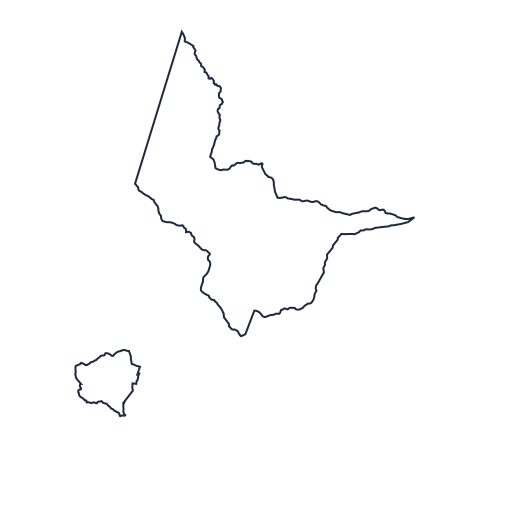 Heredia, Heredia, Costa Rica, rotated 17°
{"feature_id": "36466004B27145305633617", "entity_name": "Heredia", "entity_type": "district", "adm_level": 2, "iso_a3": "CRI", "parent_name": "Costa Rica", "parent_adm1": "Heredia", "projection": "orthographic", "projection_center": [-84.079, 10.129], "detail": "fine", "context": "isolated", "style": "outline", "palette": "slate", "viewbox_px": 512, "rotation_deg": 17, "n_neighbors": 0, "source": "geoboundaries", "source_scale": "gbopen_adm2", "svg_char_len": 6128}
<svg xmlns="http://www.w3.org/2000/svg" viewBox="0 0 512 512"><g transform="rotate(17 256 256)"><path d="M378.8,186.3L386.1,182.5L391.5,179.1L396.2,172.7L391.0,176.0L388.3,176.9L387.0,176.9L386.1,177.3L384.5,177.4L381.7,177.3L380.4,177.5L379.5,177.3L378.0,176.5L376.1,176.2L371.7,176.2L369.9,176.7L367.4,177.0L366.2,175.5L364.5,174.4L363.7,174.8L362.7,174.9L361.9,175.7L360.8,175.9L359.5,175.9L357.9,175.0L355.9,174.9L352.7,177.2L350.4,180.2L348.6,180.9L344.6,182.1L342.8,183.3L342.1,184.0L335.0,187.9L334.4,188.9L333.6,189.3L326.4,189.7L322.7,189.6L320.8,190.4L319.0,190.7L314.0,190.6L310.8,189.4L309.2,188.5L308.5,187.8L305.3,187.9L303.3,187.7L300.1,186.0L298.1,185.8L296.7,186.3L294.8,187.7L293.3,188.1L288.6,188.0L284.5,190.1L283.4,190.2L281.6,189.4L281.1,189.4L275.9,191.0L273.1,191.1L269.5,191.7L267.9,191.2L266.1,191.1L264.8,192.2L263.7,192.5L263.0,193.1L261.6,193.6L260.0,193.8L259.6,194.0L255.4,189.0L252.1,182.4L251.4,180.1L250.6,179.0L250.2,177.9L248.0,176.7L244.3,176.7L243.6,175.9L241.1,175.0L236.2,169.9L235.3,168.6L235.0,167.0L235.4,166.7L235.2,165.9L234.8,165.6L233.0,166.5L231.8,167.9L229.2,167.8L227.5,168.4L226.1,168.5L224.8,167.9L224.2,167.2L222.7,167.1L221.6,167.4L220.6,167.3L219.5,168.0L218.2,168.0L216.8,170.2L213.7,171.7L210.8,172.4L208.1,176.2L206.9,176.2L206.5,176.6L205.9,177.6L205.2,180.1L203.7,181.7L202.0,182.3L199.8,182.7L197.2,184.3L193.7,184.3L191.8,183.9L191.3,183.3L189.0,178.6L187.1,176.1L183.1,174.6L183.2,168.9L182.7,166.8L183.1,165.6L183.2,163.3L183.4,162.5L183.1,158.5L183.1,156.3L183.5,155.3L183.3,153.0L184.0,152.5L184.9,151.2L185.2,150.0L184.6,148.2L184.5,146.7L183.4,146.1L182.6,144.8L182.6,141.7L182.1,139.3L182.2,136.3L180.9,135.1L180.4,133.6L180.1,131.6L179.5,131.3L177.5,129.5L177.0,128.8L176.7,127.6L176.7,126.4L177.9,125.2L177.5,123.4L177.5,122.0L177.8,121.6L178.9,120.7L179.3,118.3L178.0,117.2L177.5,116.1L176.8,115.8L175.0,115.6L174.1,114.6L173.1,111.7L173.1,111.1L173.9,109.5L174.0,108.7L173.6,107.5L173.5,106.0L173.3,105.6L171.5,104.2L170.7,104.5L169.1,104.5L168.2,103.5L167.7,103.5L166.8,104.2L165.9,103.2L164.9,103.0L164.8,101.6L164.6,101.1L163.5,100.0L162.0,98.9L161.0,98.8L160.3,100.0L158.7,100.0L158.1,97.8L157.4,97.6L154.7,95.0L153.7,95.2L152.9,95.0L152.6,92.8L150.0,90.8L148.1,90.5L147.8,89.5L147.0,88.0L145.2,87.3L143.9,85.8L142.4,85.3L140.0,82.0L138.4,81.0L138.0,79.7L138.1,77.2L134.9,74.5L134.9,73.6L129.3,72.0L125.1,71.6L124.3,68.4L121.6,65.1L119.5,63.3L119.2,222.3L120.5,223.0L121.4,223.8L123.3,224.8L124.2,227.0L125.0,227.6L128.4,228.4L129.4,229.0L133.2,230.1L134.4,230.1L135.8,230.4L139.9,232.1L141.8,232.3L142.3,233.2L143.2,234.2L144.6,235.2L145.5,236.1L147.3,237.0L148.8,239.3L149.5,241.5L151.4,244.0L153.2,245.2L154.4,247.8L155.4,249.0L156.7,249.9L160.5,249.8L164.6,248.7L167.9,248.8L169.7,249.1L170.4,249.6L172.5,249.6L175.3,249.0L176.6,248.1L177.7,248.7L179.1,250.1L180.7,250.4L181.1,250.9L181.7,252.3L182.1,253.7L184.4,252.5L187.0,252.9L187.9,254.3L188.8,255.3L190.4,255.7L191.7,256.6L192.3,257.9L192.4,259.8L193.1,260.9L194.4,261.7L198.0,263.0L202.2,265.6L205.0,265.6L206.1,265.2L206.7,265.2L207.7,265.5L209.3,266.4L210.8,267.0L211.2,267.3L211.2,268.6L210.3,270.3L210.5,272.1L211.5,273.9L212.4,274.2L213.7,275.2L214.5,276.7L214.9,278.3L214.9,284.6L214.1,287.5L212.1,291.4L212.0,292.4L212.3,294.7L212.9,296.2L212.6,297.5L212.6,300.9L212.7,302.8L213.2,304.5L214.2,305.6L216.4,306.6L220.1,307.5L222.3,307.7L223.2,309.0L225.9,310.7L229.1,310.4L229.4,311.0L229.9,311.4L232.2,312.2L233.7,313.7L236.8,315.5L239.9,318.2L240.7,319.4L241.8,320.3L243.3,324.0L250.0,328.9L250.7,331.2L252.1,331.7L253.5,332.8L255.0,333.1L255.6,333.1L256.7,332.6L258.1,332.6L258.8,332.9L259.8,332.9L261.4,334.0L262.4,335.4L263.2,335.6L263.8,336.4L264.9,337.0L265.4,336.9L268.7,333.9L270.4,308.7L272.5,308.3L275.2,308.7L277.6,309.9L279.7,311.6L280.5,311.8L282.2,311.8L283.1,311.5L283.6,310.9L286.9,308.4L289.6,307.3L292.4,305.1L294.8,304.6L295.4,304.0L295.6,303.2L295.8,300.2L297.4,299.3L298.4,297.9L299.1,297.7L301.6,297.9L302.2,297.4L303.0,296.1L304.0,295.4L307.3,294.6L307.8,294.3L308.3,294.4L308.8,294.9L309.7,295.3L311.6,295.1L313.0,294.6L314.7,293.2L316.1,291.6L317.0,289.4L318.1,288.3L318.6,287.4L319.8,286.3L321.4,285.7L322.2,285.0L323.0,283.6L323.7,280.9L323.7,277.4L323.3,276.4L323.3,274.5L323.9,271.4L322.9,270.2L322.4,269.1L322.2,266.1L322.9,264.7L325.7,251.8L323.9,247.7L324.6,244.3L323.9,242.5L323.8,241.3L324.5,238.9L324.7,237.3L323.5,233.9L326.9,225.7L326.5,223.4L329.4,216.4L328.9,214.7L331.3,209.9L334.0,209.3L341.1,206.9L344.0,206.3L347.6,203.0L348.5,201.1L351.7,199.9L353.0,198.4L356.0,197.7L359.3,196.4L361.5,194.4L369.7,190.7L372.1,189.8L374.6,188.6L376.2,187.2L378.8,186.3ZM172.8,435.3L172.6,435.4L172.1,435.3L177.6,420.8L176.2,418.1L175.2,413.9L178.9,413.3L178.4,410.5L179.0,408.9L178.4,404.4L178.7,402.7L178.3,402.8L177.2,403.7L177.4,395.8L174.0,396.0L170.5,395.5L168.8,395.6L166.5,391.1L165.8,388.8L162.3,384.0L160.0,384.4L157.3,384.3L156.5,384.7L155.7,385.5L154.9,385.8L153.9,386.8L152.4,387.5L151.1,388.8L149.2,391.4L148.6,393.3L147.3,393.6L145.5,392.9L143.8,392.5L141.9,392.5L140.7,392.9L140.3,393.3L140.2,394.6L139.8,395.5L137.8,396.2L136.7,397.0L135.9,398.6L134.5,400.4L133.5,402.3L132.8,402.7L131.3,404.5L129.1,405.9L128.3,407.5L127.2,408.4L126.3,409.6L124.7,410.2L123.3,409.5L121.5,409.5L120.8,409.2L120.1,409.2L119.8,409.6L119.2,411.2L118.0,411.8L116.6,413.3L115.8,413.7L115.9,415.5L117.6,419.9L117.7,421.9L118.8,423.6L119.1,424.5L120.4,425.9L126.0,429.5L125.6,429.6L125.4,430.0L125.4,431.4L126.4,432.9L127.3,433.5L127.5,434.7L126.4,435.3L125.6,436.1L125.5,437.4L125.7,438.0L126.3,438.4L127.0,439.9L128.2,441.4L129.6,442.1L132.4,442.8L134.5,444.1L135.1,443.8L136.0,443.9L136.3,444.2L136.7,445.4L137.5,445.4L138.2,444.9L141.7,444.7L143.7,443.3L145.5,443.5L146.9,443.3L147.1,442.1L147.6,441.5L149.4,440.8L150.3,440.1L151.0,440.0L152.8,441.2L156.7,441.0L158.5,442.4L159.9,442.8L162.2,444.2L164.1,444.4L165.6,445.3L167.8,445.6L168.3,446.0L169.1,445.8L171.1,446.4L172.5,448.7L173.4,448.7L173.5,448.3L174.1,447.8L177.1,447.1L177.4,446.4L176.5,446.0L174.7,443.9L174.0,440.8L172.6,437.4L172.8,435.3Z" fill="none" stroke="#1e293b" stroke-width="2"/></g></svg>